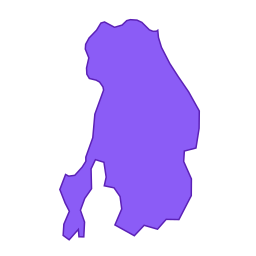 the district of Kasansay, Namangan, Uzbekistan, rotated 356°
{"feature_id": "79887680B51859555841506", "entity_name": "Kasansay", "entity_type": "district", "adm_level": 2, "iso_a3": "UZB", "parent_name": "Uzbekistan", "parent_adm1": "Namangan", "projection": "orthographic", "projection_center": [71.494, 41.166], "detail": "fine", "context": "isolated", "style": "filled", "palette": "violet", "viewbox_px": 256, "rotation_deg": 356, "n_neighbors": 0, "source": "geoboundaries", "source_scale": "gbopen_adm2", "svg_char_len": 974}
<svg xmlns="http://www.w3.org/2000/svg" viewBox="0 0 256 256"><g transform="rotate(356 128 128)"><path d="M55.8,230.6L61.5,235.4L71.4,225.7L71.5,233.1L76.3,233.5L78.1,218.8L74.8,206.7L79.9,195.3L87.4,186.0L88.3,166.2L93.3,157.3L101.6,160.5L102.8,175.5L100.3,184.0L109.9,186.7L115.3,195.8L116.1,208.3L108.2,223.8L126.8,235.9L137.3,226.2L150.4,231.0L159.7,221.8L172.4,222.9L186.4,199.9L187.7,183.2L181.2,165.3L182.6,154.9L194.4,152.7L198.9,133.3L200.3,116.0L190.9,96.0L181.7,80.3L174.2,66.7L167.0,49.9L164.7,39.8L164.5,32.6L163.2,33.4L159.7,33.3L156.2,31.6L149.2,23.6L144.5,21.0L137.9,20.1L134.2,20.8L129.3,24.9L121.6,26.6L112.0,20.6L108.3,21.4L103.5,28.2L95.5,35.4L91.6,41.5L90.9,46.3L93.8,55.3L90.8,65.3L90.7,71.5L92.9,75.9L99.5,78.0L102.9,80.2L105.9,85.3L106.3,88.5L95.9,111.9L92.2,135.2L83.9,154.1L83.6,158.3L79.5,163.9L71.6,171.5L65.5,171.9L62.5,170.0L55.7,184.6L60.1,198.6L63.7,207.0L57.3,219.5L55.8,230.6Z" fill="#8b5cf6" stroke="#5b21b6" stroke-width="1.5"/></g></svg>